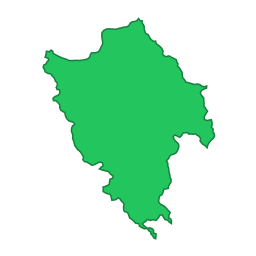 Carandaí, Minas Gerais, Brazil, rotated 92°
{"feature_id": "56859067B53353893378788", "entity_name": "Carandaí", "entity_type": "district", "adm_level": 2, "iso_a3": "BRA", "parent_name": "Brazil", "parent_adm1": "Minas Gerais", "projection": "orthographic", "projection_center": [-43.824, -20.999], "detail": "fine", "context": "isolated", "style": "filled", "palette": "green", "viewbox_px": 256, "rotation_deg": 92, "n_neighbors": 0, "source": "geoboundaries", "source_scale": "gbopen_adm2", "svg_char_len": 3800}
<svg xmlns="http://www.w3.org/2000/svg" viewBox="0 0 256 256"><g transform="rotate(92 128 128)"><path d="M74.7,212.7L76.2,210.1L76.7,207.1L78.5,205.7L79.9,204.1L81.7,202.8L83.6,202.3L84.9,200.7L87.3,199.9L89.9,201.2L92.1,200.2L92.0,198.0L93.8,197.4L95.8,197.4L97.8,199.1L99.1,202.1L101.0,204.0L103.3,203.4L103.2,201.2L104.6,199.4L106.0,198.1L107.5,196.9L110.2,196.9L112.5,195.9L113.7,193.9L114.9,191.6L117.2,191.2L119.5,190.2L121.3,189.1L123.0,187.3L123.6,185.0L124.3,182.5L126.4,181.4L127.6,183.4L129.4,184.1L131.7,184.5L133.8,184.3L135.7,183.3L137.8,182.8L140.3,183.0L142.9,181.9L145.6,181.1L147.7,180.4L149.3,179.1L151.3,177.6L152.6,175.9L153.9,174.4L156.2,172.9L158.5,171.5L161.3,172.0L163.1,170.3L163.6,167.8L165.0,165.1L166.5,162.9L165.8,160.2L164.5,158.1L163.4,156.0L163.1,153.8L164.1,152.1L166.8,151.6L168.1,153.5L169.9,155.1L170.9,152.3L171.6,149.2L172.2,146.0L174.8,143.8L176.7,141.0L178.8,141.7L179.8,144.2L182.4,144.6L185.2,144.8L186.3,147.0L187.3,148.9L187.8,150.8L190.1,150.7L192.4,150.6L193.4,148.8L194.5,146.3L194.7,144.0L196.5,142.6L199.0,142.1L200.8,141.6L200.1,137.8L198.1,135.3L199.4,133.1L201.1,132.3L202.4,130.5L204.4,129.3L206.9,129.7L209.7,129.5L211.6,128.8L212.0,126.7L213.1,125.0L215.8,124.0L218.1,123.1L219.0,121.1L220.7,119.3L223.0,116.9L223.1,113.9L225.7,113.1L227.3,110.4L228.2,107.9L227.6,105.4L226.1,107.0L224.8,109.1L223.2,110.3L221.7,108.6L220.7,106.9L218.7,105.8L219.6,102.6L218.8,99.7L219.4,96.8L216.7,94.5L214.0,93.1L213.7,90.7L215.8,89.5L218.1,87.9L218.8,85.1L220.5,83.6L222.0,81.3L219.3,81.3L217.3,82.2L216.5,84.2L213.7,84.0L210.8,82.9L208.7,85.2L206.7,87.0L204.9,89.0L203.9,90.9L203.0,92.9L200.8,94.9L197.8,94.6L195.0,94.1L193.2,91.5L190.4,90.6L187.8,89.9L187.5,87.6L186.8,85.5L184.8,85.5L183.1,84.7L180.8,83.2L177.9,83.1L175.6,84.4L173.7,84.4L171.9,85.2L169.5,85.6L166.4,86.1L164.4,87.0L162.0,86.9L159.3,88.4L157.0,86.3L155.0,85.5L153.2,83.8L152.4,81.2L151.2,79.1L149.6,78.1L147.4,77.2L144.9,76.5L142.4,76.9L140.2,79.1L138.2,81.3L135.0,82.6L133.3,80.5L134.6,78.1L135.5,75.8L133.5,74.1L131.0,72.7L130.7,70.4L130.7,68.1L132.1,66.9L131.7,64.9L132.1,62.7L131.4,60.6L132.8,58.6L133.8,56.7L135.7,55.2L138.7,55.4L140.7,53.7L141.9,52.2L143.1,50.0L145.0,48.3L142.0,47.6L140.2,46.6L138.0,45.2L135.5,42.5L133.1,41.2L130.7,41.7L128.7,43.1L126.2,42.8L124.2,44.7L121.9,44.0L119.2,44.3L116.8,45.1L117.2,47.0L117.8,49.4L116.8,52.0L113.8,52.1L110.9,50.5L108.4,49.1L106.8,50.5L105.1,51.4L103.3,52.9L100.7,52.8L98.3,53.2L95.3,53.4L92.9,55.6L90.8,56.9L89.0,56.5L87.4,55.2L86.3,53.0L85.4,50.9L83.3,50.8L84.1,53.3L83.7,55.6L82.1,57.6L81.6,60.2L82.2,62.9L81.3,66.5L80.4,69.8L80.1,72.0L78.0,73.0L76.1,74.9L72.8,75.7L70.5,75.9L68.2,77.4L65.9,78.8L64.7,80.6L62.1,80.3L60.3,81.5L58.2,82.0L56.9,84.6L55.9,87.0L54.5,89.5L55.4,92.6L54.2,95.0L52.7,96.2L50.1,95.6L47.8,96.7L46.2,98.0L44.4,100.3L42.7,102.7L40.2,103.5L40.5,105.5L38.8,108.0L36.6,109.7L34.1,111.0L32.7,113.8L30.5,114.6L28.1,115.4L26.1,115.3L24.0,116.4L22.5,117.7L20.5,117.4L20.2,119.7L18.3,121.3L20.8,123.2L21.4,125.7L22.0,128.1L23.4,129.6L25.5,130.6L26.8,132.4L27.4,135.6L28.2,138.5L28.9,141.0L29.9,143.7L29.6,145.9L29.7,147.9L29.5,150.5L29.9,153.2L31.6,155.9L33.8,157.4L36.6,157.4L38.9,157.2L41.2,156.6L44.5,156.2L47.0,157.2L49.1,158.2L51.1,159.0L53.1,160.5L53.9,163.3L54.2,167.2L56.2,168.2L58.3,168.7L60.3,170.7L61.1,173.2L61.7,175.5L62.2,178.7L62.2,182.3L62.6,186.1L62.6,189.3L61.2,192.8L60.5,195.6L59.8,197.4L58.8,199.8L57.5,202.6L55.9,205.6L53.9,205.8L52.8,207.7L54.4,208.9L54.1,212.2L57.8,212.6L60.3,213.3L60.9,210.5L62.8,209.5L64.7,211.2L67.0,212.4L68.2,214.6L70.7,214.8L72.1,213.7L74.7,212.7ZM227.6,105.4L229.9,103.7L231.1,101.8L233.2,101.3L234.9,99.5L236.9,98.4L237.7,96.5L235.2,96.3L232.7,96.3L232.1,98.9L229.4,98.8L227.8,100.3L227.0,102.8L227.6,105.4Z" fill="#22c55e" stroke="#15803d" stroke-width="1.5"/></g></svg>